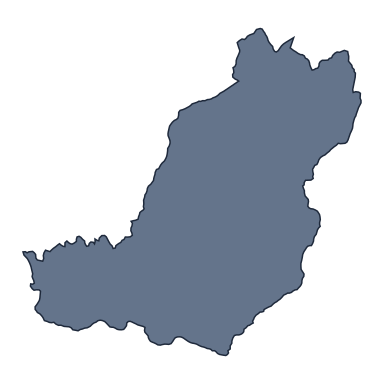 the district of Chapada da Natividade, Tocantins, Brazil
{"feature_id": "56859067B42191858406182", "entity_name": "Chapada da Natividade", "entity_type": "district", "adm_level": 2, "iso_a3": "BRA", "parent_name": "Brazil", "parent_adm1": "Tocantins", "projection": "robinson", "projection_center": [-47.867, -11.515], "detail": "fine", "context": "isolated", "style": "filled", "palette": "slate", "viewbox_px": 384, "rotation_deg": 0, "n_neighbors": 0, "source": "geoboundaries", "source_scale": "gbopen_adm2", "svg_char_len": 5923}
<svg xmlns="http://www.w3.org/2000/svg" viewBox="0 0 384 384"><path d="M346.8,142.2L348.0,140.0L350.2,133.5L351.4,131.0L352.5,128.3L352.8,126.1L353.0,123.7L354.0,119.8L354.8,117.5L355.8,116.0L356.3,114.0L357.8,109.8L358.5,107.7L359.7,105.4L361.0,102.9L361.0,100.4L360.1,98.2L360.4,93.3L358.7,92.1L355.7,91.7L353.2,92.5L352.7,89.7L355.2,77.2L355.4,73.1L354.2,71.7L354.1,69.5L352.3,67.7L351.8,65.3L348.5,61.2L348.7,58.4L348.7,56.2L348.2,54.3L347.7,51.5L344.3,50.4L342.0,51.3L339.7,52.3L337.1,52.0L334.9,53.2L332.7,55.4L331.6,57.8L329.4,58.4L327.9,60.1L324.6,60.3L322.2,60.3L320.3,61.6L319.2,63.4L318.9,66.2L317.7,68.2L315.7,68.6L314.0,69.7L312.1,70.1L310.8,67.5L309.8,64.9L309.5,62.9L308.7,60.6L307.2,59.0L305.4,58.2L304.3,55.9L302.3,54.7L300.5,54.6L298.0,53.4L295.8,51.8L293.6,50.5L290.2,47.9L293.7,37.6L291.7,38.8L285.5,42.6L283.5,44.0L281.6,45.8L280.0,48.0L278.2,50.7L276.3,52.0L274.6,51.4L273.2,49.1L272.6,46.4L270.8,44.6L269.1,42.4L268.0,40.3L267.5,38.3L266.7,36.4L265.5,34.7L264.8,33.0L263.5,31.3L262.2,29.1L260.2,28.5L256.5,29.5L253.8,33.5L251.8,34.2L249.8,34.9L247.4,36.3L246.0,38.3L244.5,39.5L242.0,39.0L239.3,40.7L237.2,42.6L238.8,47.8L239.7,50.1L239.6,52.0L238.0,55.9L237.0,58.0L236.2,60.5L236.1,64.0L234.9,66.5L233.0,67.7L233.6,70.0L233.8,72.7L232.6,74.6L232.8,77.1L235.2,79.1L237.2,80.0L238.7,81.1L223.7,91.3L220.0,93.3L218.2,95.1L216.4,96.4L214.8,97.2L213.0,97.8L211.5,98.8L209.6,99.4L207.4,99.6L205.0,100.7L202.5,100.7L200.7,101.4L198.9,101.2L197.2,102.2L194.6,103.1L192.1,103.9L190.8,105.3L189.2,106.5L185.1,108.7L182.9,109.6L180.1,110.4L178.7,112.3L178.6,115.3L178.0,118.0L176.4,119.5L174.4,120.4L172.4,122.2L170.8,124.3L169.6,126.1L169.0,128.6L168.3,131.7L168.0,133.7L168.1,135.7L169.2,138.4L170.0,140.8L170.1,143.1L169.2,146.0L167.7,148.4L167.6,150.9L167.2,154.0L166.7,156.3L165.9,158.3L164.4,161.0L162.0,163.2L160.6,165.1L159.6,167.0L158.7,168.7L156.5,169.5L155.2,172.3L155.0,174.3L154.3,176.4L153.8,178.3L153.5,180.5L150.8,184.2L148.5,186.1L147.4,188.3L147.0,190.9L146.1,193.3L145.0,194.8L144.6,197.2L143.6,200.2L143.8,203.8L143.4,206.8L144.1,208.8L143.0,210.2L141.4,211.2L139.9,212.5L139.4,214.7L138.6,216.6L138.1,219.2L135.4,220.3L133.3,220.7L131.1,221.3L132.4,223.3L132.0,225.8L131.0,228.1L130.9,230.8L131.9,233.0L132.3,235.3L130.3,236.8L127.6,237.1L125.3,237.0L124.0,239.5L122.1,240.3L120.8,242.4L118.6,243.6L115.9,245.6L115.3,248.0L113.1,248.5L112.1,245.9L110.2,244.1L108.7,241.5L106.3,236.9L104.6,235.5L101.8,235.6L99.3,238.1L98.8,240.8L97.0,240.3L95.0,239.0L95.1,241.5L94.5,243.9L93.3,242.3L90.9,242.0L89.3,243.4L88.6,245.8L86.7,246.3L85.6,244.7L84.8,243.0L84.6,241.0L82.6,239.3L80.8,237.3L79.1,236.3L77.1,236.9L76.4,239.2L76.4,241.4L74.3,243.0L72.1,244.1L70.3,243.7L68.7,242.7L66.9,241.0L65.0,242.7L64.9,246.6L63.0,246.3L61.1,245.1L59.5,243.7L57.7,245.0L55.7,246.7L53.4,248.3L51.4,250.1L50.0,251.6L48.0,251.0L45.5,250.2L44.0,252.8L43.3,255.6L43.7,258.5L42.7,261.2L37.3,260.0L35.9,258.0L35.6,254.4L34.2,252.7L32.6,251.4L28.9,251.8L27.1,252.8L25.3,251.7L23.0,251.9L24.0,255.1L26.0,257.2L27.3,258.6L28.3,260.3L29.5,262.7L30.4,264.9L31.1,267.0L31.5,268.9L32.7,273.8L32.1,276.6L32.8,278.5L33.7,280.4L34.3,283.2L32.7,284.2L30.7,283.9L30.4,286.1L32.3,288.8L34.0,290.2L36.6,289.8L39.1,289.9L40.5,291.2L39.9,297.9L39.4,300.3L38.2,302.4L36.8,304.6L35.1,306.8L35.2,309.5L36.4,310.9L37.4,312.5L39.8,313.8L41.6,315.7L43.0,317.6L44.4,320.6L47.4,321.5L49.3,322.4L51.4,322.7L53.9,322.3L55.9,324.1L58.4,325.3L61.0,325.2L64.1,326.4L69.2,326.8L71.2,327.8L72.8,329.8L75.2,330.2L78.1,330.8L80.2,329.5L82.4,329.0L84.7,328.1L87.2,327.8L90.2,326.3L92.4,324.1L94.1,322.9L96.0,322.2L97.9,320.7L100.1,320.2L102.2,320.5L104.7,321.5L106.4,323.1L109.9,326.9L111.6,327.2L113.4,327.3L115.2,328.1L117.2,329.3L119.1,329.7L121.5,329.8L123.7,329.4L125.0,327.9L126.5,325.7L126.8,322.9L128.3,321.5L130.1,321.3L132.0,322.0L133.8,322.9L135.8,323.8L137.8,324.9L141.3,325.9L143.1,326.4L145.0,327.4L144.5,330.3L144.9,332.2L146.6,334.1L148.1,335.8L148.4,337.8L149.2,339.5L150.5,341.3L152.4,342.2L154.0,342.8L155.9,343.7L157.9,344.9L160.4,345.1L162.2,344.6L164.7,344.1L167.0,344.2L168.7,344.4L171.1,343.6L172.8,341.3L174.0,339.3L175.3,337.7L177.5,336.9L179.9,336.8L181.5,337.1L183.4,338.0L184.9,339.1L188.4,341.5L190.6,342.6L192.3,343.1L194.5,343.5L196.6,344.1L199.3,345.6L201.7,346.6L203.5,347.0L205.3,347.6L207.2,348.5L209.4,348.8L210.9,349.4L212.3,350.8L214.6,350.7L216.1,351.8L217.5,353.4L219.4,354.4L221.4,354.8L223.6,355.2L225.8,355.5L227.4,354.5L228.5,352.9L227.9,350.7L230.2,349.0L230.2,345.8L231.8,343.3L231.9,340.9L232.8,338.1L234.4,335.5L236.5,334.9L239.0,334.9L240.9,334.3L242.5,333.3L243.7,331.8L244.0,329.2L246.0,327.8L247.8,325.7L249.6,325.2L251.5,323.9L253.2,323.0L252.6,321.1L253.6,319.4L254.3,317.5L256.0,315.2L258.3,313.6L260.0,312.1L261.8,312.0L263.6,311.4L264.1,309.5L266.2,308.3L268.7,307.0L271.1,306.1L273.3,303.9L274.8,302.7L276.7,301.7L278.3,300.3L279.9,299.3L281.8,297.4L283.7,295.1L285.9,294.1L287.6,293.1L289.4,293.1L291.4,292.4L293.2,290.9L295.1,289.9L297.1,289.6L298.4,288.0L300.0,286.4L301.1,284.8L301.8,283.0L301.9,280.6L302.5,278.3L303.8,276.4L304.0,274.0L301.1,269.4L300.9,266.4L300.9,263.4L301.7,260.3L302.3,257.3L302.7,254.5L303.9,251.7L305.5,249.3L306.6,247.5L307.8,246.2L309.7,245.6L311.4,245.6L312.6,243.5L313.5,241.2L313.7,238.9L314.4,236.6L316.2,234.3L317.5,229.8L318.7,227.9L320.2,226.3L319.6,224.5L319.6,222.5L320.3,219.7L320.0,216.8L319.5,214.5L317.4,211.2L315.4,210.0L313.1,209.0L310.7,208.7L309.1,207.9L307.8,206.3L308.1,203.8L308.5,201.6L308.2,199.4L305.1,195.9L304.4,192.9L304.4,190.7L303.4,188.2L302.7,186.0L304.1,184.9L304.2,182.6L305.5,180.3L310.9,180.1L313.2,178.5L312.7,176.5L313.4,174.3L312.8,171.6L312.6,169.2L313.7,167.5L314.7,165.4L316.9,164.5L318.0,162.3L318.9,159.7L320.5,157.5L322.8,155.9L325.0,154.9L327.0,153.1L329.4,151.2L330.7,149.6L334.1,146.8L336.4,145.2L338.2,143.3L340.5,143.7L342.8,143.5L345.0,143.3L346.8,142.2Z" fill="#64748b" stroke="#1e293b" stroke-width="1.5"/></svg>